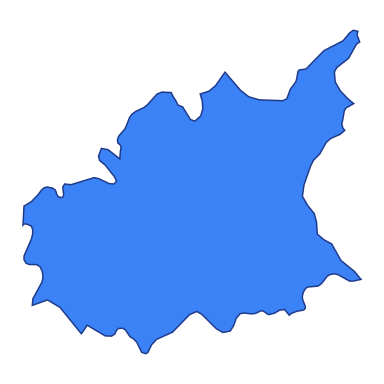 an SVG outline of Alpes-de-Haute-Provence
{"feature_id": "FRA-5265", "entity_name": "Alpes-de-Haute-Provence", "entity_type": "Metropolitan department", "adm_level": 1, "iso_a3": "FRA", "parent_name": "France", "parent_adm1": "", "projection": "orthographic", "projection_center": [6.23, 44.166], "detail": "fine", "context": "isolated", "style": "filled", "palette": "blue", "viewbox_px": 384, "rotation_deg": 0, "n_neighbors": 0, "source": "natural_earth", "source_scale": "10m", "svg_char_len": 2754}
<svg xmlns="http://www.w3.org/2000/svg" viewBox="0 0 384 384"><path d="M357.9,31.3L357.0,35.0L359.7,41.9L356.4,44.3L348.6,58.3L336.8,67.5L334.4,71.9L335.2,82.0L340.5,91.1L347.6,98.5L353.7,103.6L345.9,108.0L344.3,110.8L342.5,121.0L341.9,123.0L341.9,124.6L342.7,127.6L343.7,129.1L344.8,130.3L340.3,134.2L330.9,138.4L326.3,142.3L319.8,153.9L313.4,160.4L310.6,166.0L304.0,184.8L302.4,196.3L307.7,205.5L314.3,213.7L316.5,222.1L317.3,234.0L323.7,239.6L331.6,243.9L341.1,260.6L354.6,271.6L361.0,279.4L353.1,281.1L349.4,281.0L337.7,274.5L334.1,273.8L329.7,274.7L327.3,276.2L321.6,283.5L318.1,286.1L307.9,287.0L305.8,288.3L304.1,290.7L302.9,293.6L302.3,296.8L302.7,299.8L305.0,305.5L305.3,307.9L304.5,309.5L303.0,310.2L297.0,311.2L291.7,313.3L289.2,315.2L284.6,309.5L279.6,310.2L274.2,313.3L268.8,314.6L267.2,313.9L264.3,311.7L262.7,310.9L260.8,310.9L255.5,313.4L251.6,313.9L243.8,313.0L240.0,313.8L236.1,318.5L233.8,325.3L230.3,331.0L222.9,332.5L216.3,328.7L201.8,314.3L196.7,311.5L189.6,314.6L172.5,332.2L156.6,339.3L151.5,344.9L147.9,352.4L145.9,353.7L141.7,352.3L136.7,342.2L133.7,339.0L130.0,336.7L125.5,330.0L122.7,328.2L118.2,328.5L116.3,330.8L114.9,333.9L111.6,336.1L105.2,335.9L87.2,325.2L82.5,332.3L81.3,333.7L81.2,333.6L60.0,307.4L47.5,299.9L32.3,305.4L32.9,298.7L42.0,282.0L43.0,277.2L42.3,271.6L40.1,266.8L36.6,264.6L29.2,264.5L26.1,263.2L24.0,259.6L24.1,255.8L31.4,239.0L32.6,234.3L32.7,229.7L31.3,226.0L26.8,224.1L24.1,223.9L23.0,225.1L24.0,206.1L31.3,201.7L38.0,194.8L41.0,190.7L43.9,187.9L47.1,187.0L52.5,188.1L55.1,189.9L56.2,192.1L56.6,194.1L57.7,195.9L59.2,197.2L61.1,197.6L62.7,196.9L63.7,195.1L62.8,187.1L64.6,184.0L71.0,184.7L94.2,177.6L99.1,178.8L109.1,183.6L114.0,184.0L116.5,181.2L114.4,176.7L105.3,165.2L99.6,160.5L98.5,156.2L101.4,148.4L108.1,149.7L119.8,158.9L120.3,152.0L121.1,146.7L119.8,144.5L118.0,143.2L117.4,140.3L118.5,136.5L120.7,133.7L123.1,131.1L125.3,128.3L129.6,117.5L132.0,114.2L135.7,111.4L143.7,107.7L147.4,104.8L157.1,94.0L162.0,92.1L162.3,92.1L162.5,92.1L162.8,92.1L163.0,92.1L163.3,92.2L163.6,92.2L163.8,92.2L164.0,92.2L164.3,92.2L164.5,92.2L164.8,92.2L165.0,92.3L165.3,92.3L165.6,92.3L165.8,92.3L166.1,92.3L166.4,92.3L166.7,92.3L167.0,92.3L167.3,92.4L167.5,92.4L167.8,92.4L168.1,92.4L168.4,92.4L168.6,92.4L168.9,92.4L169.1,92.5L169.4,92.5L169.6,92.5L169.8,92.5L170.0,92.5L170.4,92.5L170.6,92.5L170.8,92.5L171.0,92.6L171.3,92.6L172.5,95.4L176.6,102.1L177.8,104.9L182.7,107.0L190.5,119.6L194.9,121.1L200.7,115.9L202.8,108.9L202.3,101.1L200.2,94.0L209.1,91.1L215.6,85.6L225.0,72.2L240.7,90.5L248.8,96.8L259.4,99.9L282.7,100.7L286.8,98.8L290.4,89.1L295.7,82.0L296.7,78.9L297.9,71.8L299.1,70.0L306.0,69.0L324.0,50.6L343.0,40.8L349.8,32.7L353.4,30.3L357.9,31.3Z" fill="#3b82f6" stroke="#1e3a8a" stroke-width="1.5"/></svg>